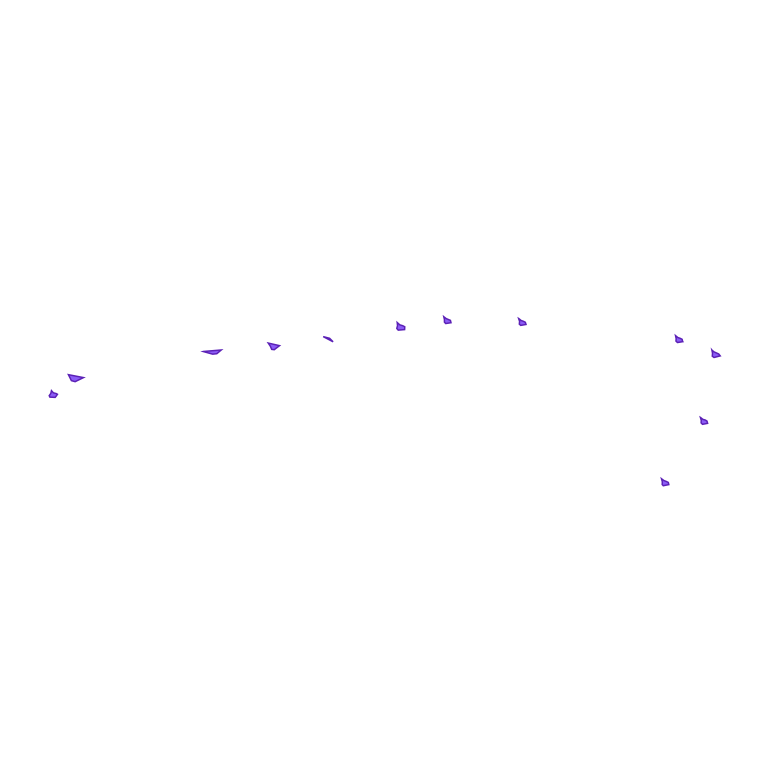 the border of Raa, rotated 275°
{"feature_id": "MDV-5226", "entity_name": "Raa", "entity_type": "Atoll", "adm_level": 1, "iso_a3": "MDV", "parent_name": "Maldives", "parent_adm1": "", "projection": "natural_earth1", "projection_center": [72.972, 5.719], "detail": "fine", "context": "isolated", "style": "filled", "palette": "violet", "viewbox_px": 768, "rotation_deg": 275, "n_neighbors": 0, "source": "natural_earth", "source_scale": "10m", "svg_char_len": 1391}
<svg xmlns="http://www.w3.org/2000/svg" viewBox="0 0 768 768"><g transform="rotate(275 384 384)"><path d="M365.8,68.8L364.2,84.1L359.4,76.1L360.1,72.3L365.8,68.8ZM400.6,201.1L400.7,201.4L403.7,218.9L399.6,214.8L398.8,210.7L400.6,201.1ZM414.7,265.1L413.1,276.6L410.2,273.4L408.6,271.7L408.7,269.1L411.7,267.5L414.7,265.1ZM446.4,391.8L444.3,394.6L443.7,397.6L442.8,399.7L440.0,399.8L438.9,393.5L440.4,391.9L440.5,391.9L441.2,392.0L443.3,392.4L446.4,391.8ZM348.4,53.3L346.4,55.4L345.9,58.3L345.3,59.6L343.7,58.7L342.0,57.6L341.8,52.3L343.2,51.5L345.6,52.9L348.4,53.3ZM446.4,707.7L446.3,707.8L444.8,709.9L443.1,714.8L441.3,716.5L439.2,710.5L439.2,710.4L440.3,708.6L443.3,708.6L446.4,707.7ZM313.8,668.7L312.2,671.3L311.5,673.8L310.7,675.8L308.6,676.5L307.0,671.1L308.1,669.9L310.8,669.8L313.8,668.7ZM457.6,670.2L455.9,672.7L455.3,675.2L454.5,677.1L452.3,677.8L452.2,677.9L451.1,673.6L450.9,672.7L452.2,671.1L454.6,671.1L457.6,670.2ZM461.0,512.4L460.9,512.6L459.2,515.1L458.6,517.5L457.8,519.4L455.7,520.3L454.3,515.1L455.4,513.6L458.2,513.6L461.0,512.4ZM456.2,437.7L454.6,440.2L453.8,442.7L453.2,444.6L450.9,445.4L449.6,440.2L450.9,438.8L453.4,438.6L456.2,437.7ZM378.3,702.1L378.2,702.3L376.6,704.7L376.1,707.2L375.2,709.0L373.0,709.8L371.6,704.8L372.9,703.3L375.5,703.2L378.3,702.1ZM425.9,319.3L424.8,325.8L421.6,329.6L425.9,319.3Z" fill="#8b5cf6" stroke="#5b21b6" stroke-width="1.5"/></g></svg>